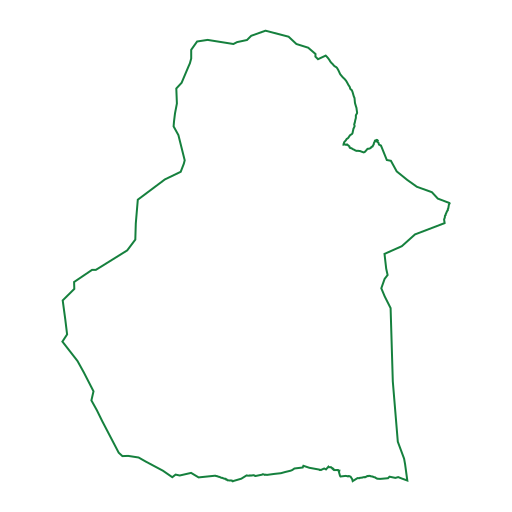 the district of Altai, Hovd, Mongolia
{"feature_id": "93677404B38037310597400", "entity_name": "Altai", "entity_type": "district", "adm_level": 2, "iso_a3": "MNG", "parent_name": "Mongolia", "parent_adm1": "Hovd", "projection": "natural_earth1", "projection_center": [92.813, 45.736], "detail": "fine", "context": "isolated", "style": "outline", "palette": "green", "viewbox_px": 512, "rotation_deg": 0, "n_neighbors": 0, "source": "geoboundaries", "source_scale": "gbopen_adm2", "svg_char_len": 5743}
<svg xmlns="http://www.w3.org/2000/svg" viewBox="0 0 512 512"><path d="M325.7,55.6L318.0,59.2L315.4,56.6L315.5,54.0L308.2,47.7L296.4,44.0L288.6,36.7L265.5,30.7L251.2,35.8L247.0,40.0L237.1,42.1L233.4,44.0L207.6,39.9L197.1,41.5L191.2,49.8L191.2,58.5L189.9,63.3L188.4,66.7L181.6,82.8L176.3,88.5L176.9,103.5L175.0,113.4L174.0,121.5L173.6,126.4L178.4,135.1L184.7,160.3L183.8,163.8L180.7,171.8L164.9,179.4L137.8,199.7L135.8,223.3L135.3,239.6L127.2,250.4L95.8,269.9L92.0,269.9L74.1,282.0L74.3,288.9L62.7,300.4L65.3,319.6L67.1,334.4L62.4,341.6L77.5,361.0L83.8,372.4L93.5,391.3L91.4,400.4L96.9,410.3L102.2,421.1L118.7,452.7L122.4,456.1L128.2,455.9L138.6,457.5L145.8,461.6L162.9,470.7L172.3,477.2L175.6,474.6L179.7,475.5L191.1,472.9L198.6,477.4L215.2,475.7L215.9,476.0L216.4,476.0L216.8,476.2L217.3,476.2L217.5,476.3L217.9,476.5L218.3,476.7L218.6,476.7L219.0,476.9L219.4,476.9L219.7,477.0L221.1,477.7L221.9,477.9L222.3,477.9L222.5,477.9L223.0,478.2L223.2,478.3L223.4,478.4L223.9,478.5L224.3,478.7L224.8,478.8L225.1,478.7L225.7,478.8L225.8,478.9L225.9,479.0L226.1,479.5L226.6,479.5L226.9,479.6L227.1,480.0L227.5,480.3L228.5,480.3L229.6,480.5L230.3,480.5L230.6,480.4L231.0,480.4L231.8,480.6L232.0,480.6L232.3,480.9L232.4,481.2L232.6,481.3L232.8,481.3L233.0,481.2L233.7,480.9L241.3,478.7L246.6,475.4L246.8,475.4L247.0,475.5L247.3,475.6L248.9,475.7L249.4,475.7L249.6,475.7L249.9,475.6L250.0,475.6L250.1,475.4L251.1,475.6L251.7,475.5L252.1,475.3L252.7,475.4L252.9,475.4L253.4,475.2L253.8,475.3L254.6,475.5L254.9,475.8L255.1,476.0L255.5,476.0L261.9,474.7L262.2,474.6L262.3,474.5L262.6,474.3L262.9,474.2L263.6,474.4L263.9,474.5L264.3,474.6L264.8,474.9L265.1,474.8L265.3,474.7L265.7,474.7L266.0,474.8L266.7,474.8L267.0,474.9L274.4,473.9L280.9,473.2L285.2,472.0L290.6,470.7L292.3,470.0L294.4,468.5L302.7,467.5L303.4,465.8L309.4,467.8L318.8,469.5L319.2,469.7L319.6,469.7L319.8,470.0L320.6,469.9L320.8,469.9L321.0,470.0L321.3,469.8L324.2,468.5L326.0,469.4L328.3,466.8L328.4,467.0L328.8,467.2L329.1,467.1L329.5,467.1L330.1,467.3L330.4,467.2L330.6,467.3L331.0,467.2L331.1,467.3L331.5,467.6L331.9,467.9L332.1,468.0L332.2,468.5L332.8,469.0L333.4,468.8L333.5,469.0L333.5,469.5L333.6,469.8L333.9,470.0L334.1,470.1L337.8,470.0L337.8,470.3L338.1,470.5L338.4,470.7L338.9,470.7L339.3,470.7L339.0,472.2L340.0,475.8L340.5,476.5L343.0,476.2L345.7,475.9L346.3,476.0L346.9,476.1L347.1,476.1L347.5,476.2L347.6,476.3L347.9,476.3L348.1,476.4L348.3,476.3L348.5,476.1L348.9,476.2L349.1,476.1L349.6,476.3L349.9,476.4L350.6,476.7L352.2,479.2L352.7,481.1L357.5,478.1L359.3,478.2L359.5,478.0L360.0,477.8L360.6,477.8L361.1,477.7L361.8,477.7L362.2,477.6L362.8,477.4L363.3,477.2L363.8,477.2L365.0,477.3L365.4,477.0L365.4,476.9L366.1,476.8L366.5,476.6L366.9,476.4L367.1,476.1L367.3,476.0L368.6,476.1L368.9,476.0L369.1,475.8L369.6,475.9L370.3,476.0L370.6,476.2L370.8,476.3L371.0,476.4L372.1,476.4L372.2,476.5L372.4,476.6L372.6,476.7L373.4,476.8L373.8,477.1L374.1,477.2L374.5,477.3L374.9,477.3L375.1,477.4L375.3,477.5L375.6,477.8L376.0,478.1L376.8,478.4L377.1,478.7L380.2,478.9L388.0,478.2L389.5,476.7L395.4,477.9L398.2,477.1L402.0,478.6L407.3,480.5L405.1,464.3L404.1,458.7L397.8,441.7L392.8,381.4L390.6,308.1L384.7,296.4L381.3,288.3L384.6,278.9L387.6,275.0L386.2,268.7L384.5,253.9L401.8,246.2L415.0,234.4L444.6,223.1L444.5,222.0L444.3,221.2L444.1,219.3L444.5,218.4L444.9,217.1L444.9,216.2L445.1,215.5L445.3,215.3L445.6,215.1L445.7,214.4L445.8,213.9L446.3,213.0L446.4,212.6L446.9,211.6L446.9,211.3L447.8,210.3L447.8,209.1L448.2,208.6L448.4,207.6L448.9,204.7L449.2,204.2L449.4,203.7L449.6,203.3L449.5,203.2L449.4,203.0L437.8,198.6L431.9,192.2L416.9,186.8L407.2,179.9L396.7,171.4L390.9,160.8L386.8,160.0L381.0,145.6L380.5,145.5L380.1,145.1L379.6,144.9L379.1,144.7L378.9,144.4L378.5,142.8L377.7,142.1L377.4,142.0L376.8,141.3L376.8,141.1L377.0,141.0L377.6,141.0L377.7,140.8L377.8,140.6L377.6,140.4L377.4,140.2L377.2,140.0L376.7,139.9L375.9,140.3L375.1,140.5L374.9,140.7L374.9,141.0L375.0,141.4L374.9,141.7L374.7,141.9L374.4,142.1L374.2,142.4L373.8,143.5L373.8,144.2L373.6,144.5L373.4,144.8L373.3,145.1L373.1,145.4L372.9,145.6L372.7,145.9L372.7,146.3L372.5,146.6L372.3,146.7L371.5,146.9L371.2,147.2L370.7,148.0L370.3,148.2L369.8,148.4L368.6,148.8L368.0,148.7L367.5,148.9L367.2,149.2L366.3,150.3L365.1,151.6L364.7,152.0L363.7,152.4L362.8,152.1L361.7,151.7L359.9,151.0L359.1,151.0L358.2,150.8L357.5,150.8L357.2,150.9L356.6,150.9L356.1,150.7L355.4,150.5L354.3,149.8L352.7,149.1L352.2,148.8L351.9,148.5L351.7,148.3L351.1,148.1L350.5,148.1L350.2,148.0L349.9,147.8L349.6,147.5L349.6,146.9L349.5,146.6L349.4,146.4L348.9,146.0L348.3,145.4L348.0,145.3L347.7,145.0L347.2,144.5L347.0,144.4L346.7,144.5L346.1,144.9L345.8,144.8L345.3,144.5L344.8,144.4L344.3,144.3L344.1,144.4L343.8,144.7L343.5,144.7L343.6,143.9L343.9,143.3L344.1,142.4L344.4,141.9L345.8,140.4L346.4,139.4L346.7,138.9L347.5,138.5L347.9,138.2L348.3,137.8L349.9,135.4L350.4,135.0L351.8,134.1L352.2,133.7L352.6,132.9L352.7,132.2L352.9,131.2L353.1,130.4L353.5,128.5L353.9,127.9L354.1,127.3L354.5,126.5L354.6,126.0L354.2,124.5L354.2,124.2L354.6,123.4L354.6,122.9L354.9,122.2L355.0,121.5L355.3,120.0L355.8,118.2L355.9,117.0L355.8,115.8L356.1,114.8L356.6,114.0L357.0,113.3L357.1,112.6L356.6,109.1L356.5,108.1L356.3,107.4L356.0,106.5L355.1,103.5L354.9,102.4L354.8,101.2L354.5,98.0L353.8,96.4L352.6,92.2L352.1,90.9L351.9,90.4L351.6,90.0L351.3,89.7L350.7,89.4L350.4,89.0L350.2,88.5L350.0,88.1L349.9,87.4L349.7,86.9L349.2,86.1L348.5,85.1L347.1,82.5L346.1,80.8L344.7,79.1L342.7,77.2L340.6,74.7L340.1,74.0L339.5,72.7L339.2,72.0L338.9,71.4L338.4,70.3L337.3,68.4L336.9,67.8L336.3,67.2L334.9,66.4L334.0,65.7L332.6,64.0L331.3,62.8L330.2,61.4L329.5,60.1L329.1,59.6L328.5,58.7L327.7,57.7L326.8,56.7L325.7,55.6Z" fill="none" stroke="#15803d" stroke-width="2"/></svg>